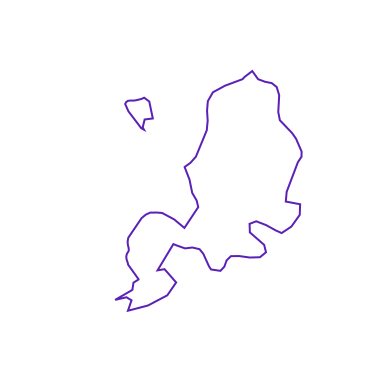 the Canton of Schaffhausen, rotated 122°
{"feature_id": "CHE-171", "entity_name": "Schaffhausen", "entity_type": "Canton", "adm_level": 1, "iso_a3": "CHE", "parent_name": "Switzerland", "parent_adm1": "", "projection": "orthographic", "projection_center": [8.624, 47.681], "detail": "fine", "context": "isolated", "style": "outline", "palette": "violet", "viewbox_px": 384, "rotation_deg": 122, "n_neighbors": 0, "source": "natural_earth", "source_scale": "10m", "svg_char_len": 1405}
<svg xmlns="http://www.w3.org/2000/svg" viewBox="0 0 384 384"><g transform="rotate(122 192 192)"><path d="M154.3,88.5L168.7,89.4L179.3,94.2L180.2,100.5L180.8,111.6L182.8,122.0L188.5,126.3L195.6,121.5L198.6,102.8L203.9,97.3L211.3,99.8L216.9,108.2L221.4,118.2L225.8,125.0L231.7,126.4L238.1,125.0L243.8,126.1L247.6,134.8L246.1,138.1L238.4,149.7L236.5,155.3L238.9,162.3L243.5,168.0L245.0,174.6L246.1,180.2L276.7,179.7L272.0,174.4L277.1,157.5L292.7,158.2L311.6,169.2L326.6,183.4L315.9,185.9L316.0,191.8L324.2,200.0L306.6,190.7L299.9,193.6L294.8,191.1L294.3,191.1L287.5,207.6L286.2,208.9L283.6,212.0L281.3,213.7L278.7,214.5L276.2,214.4L274.8,214.8L273.1,216.0L270.7,218.5L268.0,220.4L264.5,221.8L240.8,220.9L235.7,219.2L231.7,216.6L228.1,211.0L225.6,206.2L224.7,192.5L226.5,179.4L201.5,178.7L196.7,183.6L192.7,191.3L182.8,200.7L174.8,211.4L174.7,211.5L168.1,208.8L160.0,207.4L131.8,212.2L123.2,216.5L115.1,222.3L106.6,226.7L96.3,227.1L84.3,220.3L69.5,208.9L66.6,208.4L57.5,205.0L61.3,195.7L59.8,188.4L57.4,182.1L58.1,175.8L63.8,169.3L78.5,161.2L84.6,155.5L89.0,138.3L91.7,132.0L99.6,120.5L104.1,117.8L110.6,118.0L141.7,111.8L150.4,107.4L145.1,93.8L154.3,88.5ZM155.6,270.6L163.4,268.0L164.6,265.8L164.8,268.8L157.3,288.6L152.8,295.3L150.8,295.5L148.7,294.7L147.0,292.6L145.6,290.2L143.8,288.0L139.8,284.1L137.4,282.6L137.9,276.2L150.4,264.2L155.6,270.6Z" fill="none" stroke="#5b21b6" stroke-width="2"/></g></svg>